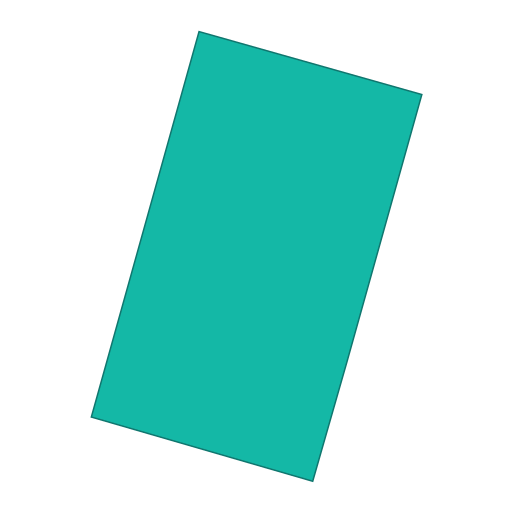 Sutton, Texas, United States of America, rotated 286°
{"feature_id": "52423323B52490011896417", "entity_name": "Sutton", "entity_type": "district", "adm_level": 2, "iso_a3": "USA", "parent_name": "United States of America", "parent_adm1": "Texas", "projection": "albers", "projection_center": [-100.636, 30.499], "detail": "fine", "context": "isolated", "style": "filled", "palette": "teal", "viewbox_px": 512, "rotation_deg": 286, "n_neighbors": 0, "source": "geoboundaries", "source_scale": "gbopen_adm2", "svg_char_len": 240}
<svg xmlns="http://www.w3.org/2000/svg" viewBox="0 0 512 512"><g transform="rotate(286 256 256)"><path d="M55.8,142.1L55.1,372.6L179.0,372.6L456.9,370.9L456.0,139.4L55.8,142.1Z" fill="#14b8a6" stroke="#0f766e" stroke-width="1.5"/></g></svg>